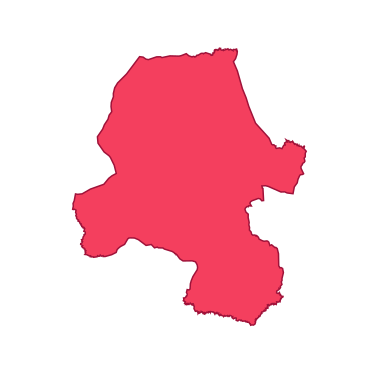 Nong Han, Udon Thani, Thailand (orthographic projection), rotated 76°
{"feature_id": "78962969B68603960000153", "entity_name": "Nong Han", "entity_type": "district", "adm_level": 2, "iso_a3": "THA", "parent_name": "Thailand", "parent_adm1": "Udon Thani", "projection": "orthographic", "projection_center": [103.164, 17.36], "detail": "fine", "context": "isolated", "style": "filled", "palette": "rose", "viewbox_px": 384, "rotation_deg": 76, "n_neighbors": 0, "source": "geoboundaries", "source_scale": "gbopen_adm2", "svg_char_len": 6044}
<svg xmlns="http://www.w3.org/2000/svg" viewBox="0 0 384 384"><g transform="rotate(76 192 192)"><path d="M298.3,226.2L298.9,225.7L298.9,224.8L299.5,225.2L299.5,224.2L300.1,224.2L300.0,223.6L299.5,223.9L299.1,223.3L299.3,222.6L300.1,222.8L300.4,222.2L300.0,221.8L300.1,220.7L299.6,220.5L301.2,219.6L300.6,218.9L300.7,218.2L301.1,218.5L301.6,218.1L301.7,218.8L303.4,217.4L305.6,218.3L308.6,217.6L308.7,215.9L309.6,215.7L309.7,215.1L310.5,215.4L310.5,214.6L311.2,215.0L310.7,214.1L311.9,214.2L311.1,213.8L310.8,212.4L310.1,212.0L311.0,211.4L310.9,211.0L312.0,210.8L311.6,210.3L311.9,209.6L312.8,210.3L313.4,209.5L312.8,209.4L313.1,208.7L312.4,208.5L313.0,207.9L312.2,207.0L313.1,205.5L312.1,205.1L312.8,204.1L312.3,203.9L312.5,203.2L313.2,203.2L312.5,202.7L313.4,201.0L312.8,200.5L313.6,200.7L313.8,200.0L315.9,199.4L315.1,198.9L315.6,198.5L314.9,197.0L315.7,196.8L315.9,196.1L316.2,196.7L316.5,195.9L317.8,195.6L317.6,194.7L318.2,194.8L317.8,194.2L318.4,194.1L318.1,193.5L318.9,193.2L319.8,191.7L320.6,191.5L319.8,190.2L320.5,189.8L320.4,188.8L320.9,187.8L320.6,187.5L321.5,187.1L321.0,186.1L321.5,185.8L321.0,185.4L321.2,184.5L322.5,183.2L323.1,183.4L323.0,182.8L323.9,183.2L325.1,182.5L324.6,180.7L325.1,179.6L327.2,180.2L328.2,178.7L327.5,177.3L328.1,176.0L328.6,175.8L328.4,175.0L329.5,174.5L330.1,171.4L330.8,171.4L330.9,170.0L331.7,170.0L332.2,168.2L333.7,167.9L333.9,167.4L335.5,167.3L335.4,166.0L336.0,164.6L335.4,162.9L333.8,161.9L332.9,162.0L332.6,161.4L331.4,161.4L331.5,160.6L330.4,160.5L330.7,159.4L330.0,158.7L329.8,157.7L328.6,157.2L329.0,156.2L327.2,154.9L326.7,153.6L325.9,153.8L325.3,153.3L325.5,152.3L324.2,150.5L325.1,150.3L324.9,149.1L323.6,148.5L322.7,148.7L323.0,147.2L322.2,146.9L322.8,146.4L321.4,145.9L319.8,146.2L319.6,145.3L321.0,144.3L319.7,142.2L320.4,142.0L319.7,140.5L320.9,140.2L320.2,139.3L321.0,139.1L320.8,138.3L321.5,137.5L321.1,137.3L320.7,137.7L319.7,136.2L319.1,136.3L319.8,134.3L319.0,133.3L319.5,133.0L317.7,132.2L317.2,131.4L316.7,131.6L315.7,129.0L315.2,129.0L315.0,130.0L313.4,131.4L312.8,130.9L312.0,131.6L310.7,131.5L311.4,132.9L310.4,134.3L308.6,133.8L307.7,131.2L306.5,130.9L307.0,130.2L306.1,129.2L304.8,129.1L303.5,127.1L300.8,127.1L299.5,126.0L297.9,125.7L292.3,122.8L288.1,122.6L286.9,123.9L286.9,125.0L284.6,125.7L272.8,123.0L267.5,123.0L266.0,124.1L266.1,124.9L262.5,127.5L262.8,129.4L259.3,129.6L258.2,130.3L257.6,131.1L257.2,134.1L256.1,135.8L253.9,138.3L252.0,138.5L249.9,139.8L250.3,140.5L249.0,141.3L248.5,143.6L247.5,144.3L244.9,144.4L242.9,145.5L240.2,144.7L237.6,144.8L235.4,143.9L230.4,143.7L227.1,142.8L224.6,144.5L221.7,144.8L220.6,144.2L219.5,142.4L219.5,141.4L219.9,141.1L219.1,140.3L219.9,137.8L216.9,138.6L215.5,137.4L215.0,135.8L214.3,129.3L215.1,127.6L217.4,126.4L217.6,124.6L205.7,122.3L205.4,122.8L203.0,122.7L203.7,119.1L205.0,116.7L213.5,105.7L214.3,102.0L215.9,100.0L218.1,94.4L211.8,91.5L208.6,87.7L205.5,86.2L202.0,83.5L201.5,82.6L201.7,80.2L201.3,79.3L195.4,80.5L193.6,80.1L192.0,78.2L191.1,77.9L190.4,76.0L189.4,75.0L186.2,75.0L185.3,73.6L181.8,72.7L180.1,71.3L176.9,73.0L175.0,71.9L174.6,72.1L175.8,74.1L173.9,75.0L173.6,76.9L172.4,76.9L172.8,77.4L172.3,78.8L171.1,78.3L170.8,79.7L170.1,80.3L170.4,81.0L167.1,82.1L167.7,82.7L167.1,83.8L168.1,84.9L167.4,84.6L167.1,85.5L165.6,85.6L165.2,87.1L164.2,88.0L166.4,87.6L166.1,88.3L166.9,90.3L168.3,90.5L169.4,89.9L168.6,91.0L169.1,91.9L171.7,94.2L170.4,96.3L170.1,99.7L169.2,100.1L167.6,99.5L167.2,100.6L166.0,101.1L165.7,102.5L165.1,103.1L158.4,104.2L140.6,113.7L122.8,116.2L113.8,116.7L104.1,118.1L85.5,118.7L75.6,120.3L73.2,117.5L69.4,115.1L66.5,114.0L65.1,114.1L65.6,114.6L64.9,114.8L64.1,114.5L64.2,116.1L63.7,117.1L64.1,118.1L64.6,118.1L62.8,120.2L63.1,121.8L61.7,122.5L62.1,123.6L61.4,125.1L62.0,125.1L62.3,127.2L61.5,127.2L61.7,128.6L61.1,129.5L60.4,129.8L59.6,129.5L59.1,130.6L60.6,131.8L60.1,132.2L60.7,132.9L59.7,133.9L60.0,135.0L59.5,135.0L59.6,135.7L60.7,136.4L61.4,136.1L62.2,136.9L62.2,137.9L62.8,137.7L63.2,138.9L64.0,138.8L64.2,139.3L64.0,140.4L62.8,140.7L60.1,145.1L60.6,147.5L60.1,147.7L59.7,149.6L60.8,153.1L60.4,154.0L61.6,155.7L61.3,156.3L61.6,156.7L60.7,157.8L60.9,159.3L59.1,162.1L56.4,164.1L57.1,169.6L57.0,171.8L54.6,180.5L54.3,188.7L53.2,189.8L52.3,193.7L53.0,202.3L51.9,204.6L49.3,206.8L48.0,210.1L61.7,227.0L68.2,237.8L72.2,241.8L77.4,244.5L80.6,245.2L85.5,248.6L89.6,249.9L94.7,250.5L97.4,253.8L101.1,255.9L105.5,260.7L109.4,263.5L115.5,270.4L121.9,271.4L131.9,267.6L136.8,263.7L138.8,262.8L147.2,261.0L155.7,261.0L156.9,265.7L158.6,269.5L163.2,275.7L164.6,289.9L167.2,299.0L166.6,303.5L165.7,305.5L172.0,308.4L174.4,310.2L177.0,310.6L179.9,312.0L180.3,311.5L180.3,310.2L181.6,308.9L183.7,309.9L185.5,309.5L187.0,310.5L188.3,309.9L189.3,310.4L191.3,309.7L191.6,309.0L192.9,309.5L193.4,308.4L195.6,308.2L196.0,307.4L197.0,307.8L197.5,307.2L198.9,307.3L199.5,306.3L200.3,306.5L200.9,305.7L200.6,305.3L201.4,304.9L204.0,306.4L204.3,305.7L205.2,305.3L206.9,305.7L207.2,307.0L207.8,306.9L209.4,308.6L211.4,309.4L211.5,310.6L212.2,310.3L213.0,310.9L213.6,310.2L214.7,311.0L215.1,312.4L215.9,312.7L217.7,311.1L218.3,312.1L219.6,311.5L220.2,310.4L221.2,310.4L221.5,309.7L222.7,309.9L223.2,309.3L223.6,310.0L224.7,309.6L225.1,310.3L226.3,310.3L226.7,310.9L227.3,309.3L229.2,307.1L229.2,306.3L230.1,306.3L229.8,305.6L230.7,305.1L231.0,303.5L231.5,303.3L231.9,299.7L231.0,299.0L231.8,298.2L231.9,297.1L231.0,296.3L232.3,295.5L232.3,293.7L233.1,293.8L233.6,291.8L233.4,285.1L232.3,280.2L229.8,278.6L228.7,276.9L227.6,274.5L226.5,270.1L221.9,265.6L221.4,264.4L221.6,262.9L222.7,259.0L225.3,255.5L232.7,249.5L233.1,244.2L237.1,241.9L237.1,239.0L238.0,238.2L239.3,233.7L240.6,232.7L244.9,225.6L246.6,224.0L247.6,223.6L247.9,222.7L249.0,222.7L249.2,221.9L253.9,220.0L256.7,217.4L258.8,208.5L260.6,205.5L263.9,204.6L266.5,204.8L268.6,205.7L274.2,211.5L277.9,214.2L280.7,215.8L285.6,217.3L286.3,218.7L285.5,220.3L288.1,221.7L289.9,221.3L290.9,221.7L291.7,222.9L292.1,222.7L293.1,224.9L292.8,225.8L294.7,226.0L295.4,226.7L297.0,225.0L298.3,226.2Z" fill="#f43f5e" stroke="#9f1239" stroke-width="1.5"/></g></svg>